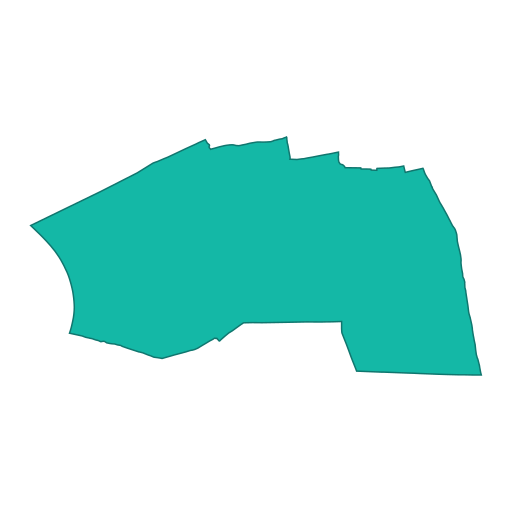 outline of Phra Khanong, Bangkok Metropolis, Thailand
{"feature_id": "78962969B55596072077458", "entity_name": "Phra Khanong", "entity_type": "district", "adm_level": 2, "iso_a3": "THA", "parent_name": "Thailand", "parent_adm1": "Bangkok Metropolis", "projection": "mercator", "projection_center": [100.617, 13.692], "detail": "fine", "context": "isolated", "style": "filled", "palette": "teal", "viewbox_px": 512, "rotation_deg": 0, "n_neighbors": 0, "source": "geoboundaries", "source_scale": "gbopen_adm2", "svg_char_len": 5478}
<svg xmlns="http://www.w3.org/2000/svg" viewBox="0 0 512 512"><path d="M481.3,375.0L480.7,372.7L479.7,367.4L479.5,365.8L477.8,359.1L477.2,357.8L476.8,356.2L476.4,354.9L476.2,353.7L475.7,350.2L475.1,344.5L474.2,340.4L473.7,337.5L473.3,335.5L473.2,335.0L473.1,334.2L473.0,333.7L472.7,331.8L472.7,331.6L472.4,330.0L472.3,328.2L472.1,327.0L471.9,325.5L471.7,324.5L470.4,318.7L470.2,317.9L470.2,317.6L470.1,317.4L469.1,314.1L468.7,312.2L468.6,311.8L468.6,311.5L468.5,310.8L467.9,305.7L467.2,301.2L466.7,297.8L466.3,295.3L466.1,293.9L465.9,292.7L465.8,291.7L465.7,290.6L465.1,288.3L464.9,287.7L464.8,285.5L464.8,285.1L464.7,283.3L464.7,282.9L464.8,282.6L464.7,282.0L464.6,281.4L464.4,280.8L464.2,280.0L464.1,279.6L463.8,278.8L463.1,277.5L462.9,277.0L462.8,276.5L462.7,275.5L462.6,273.6L462.3,272.1L461.7,269.0L461.3,266.0L461.0,263.2L461.0,262.1L461.1,260.4L461.0,258.6L460.7,256.5L460.6,255.7L460.5,255.1L460.5,254.9L459.7,251.4L458.6,247.0L458.3,245.7L457.8,243.5L457.3,241.1L457.3,240.9L456.8,234.8L456.4,233.2L456.3,232.9L455.4,230.1L454.5,228.3L453.5,227.1L453.2,226.5L452.6,225.9L452.1,224.9L450.9,222.6L449.8,220.3L449.5,219.9L448.3,217.5L447.8,216.5L447.2,215.3L444.8,211.0L443.7,209.0L443.6,208.8L443.5,208.5L442.8,207.4L442.2,206.4L441.9,205.8L439.8,202.4L438.5,199.6L436.4,195.0L432.9,189.2L432.5,188.4L432.2,187.6L432.3,187.2L431.9,186.8L431.5,186.1L431.3,185.5L429.8,181.6L429.6,181.0L429.3,180.6L429.2,180.5L428.9,180.0L427.9,178.7L427.5,178.1L425.4,174.5L424.5,172.5L424.5,172.3L424.4,172.1L423.3,169.0L422.9,168.3L422.2,168.5L417.3,169.6L412.7,170.6L408.4,171.6L405.3,172.4L405.2,172.2L403.7,166.0L399.2,166.9L394.6,167.3L390.0,167.9L389.1,168.0L384.5,168.1L377.0,168.4L376.9,168.5L376.8,170.3L371.2,170.1L371.0,169.4L370.9,169.2L369.6,169.1L365.4,169.0L361.2,169.0L361.0,168.9L360.9,168.8L360.9,168.6L360.9,168.1L360.8,167.9L360.6,167.9L345.1,167.7L344.8,167.0L344.6,166.6L344.3,166.2L343.8,165.7L342.9,164.9L342.3,164.6L341.7,164.5L340.7,164.2L340.1,163.9L339.5,163.0L339.4,162.8L339.3,162.7L339.1,162.4L338.9,162.1L338.7,161.2L338.5,160.1L338.4,158.1L338.3,156.4L338.4,156.2L338.6,154.9L338.5,153.0L338.5,152.1L337.9,152.2L336.8,152.4L332.1,153.4L328.5,154.1L327.0,154.3L322.2,155.2L317.5,156.1L312.5,157.1L309.6,157.6L306.8,158.1L304.9,158.5L303.9,158.7L301.5,158.9L297.0,159.5L289.9,159.2L290.1,158.4L290.0,156.8L289.9,156.3L289.3,153.3L288.3,147.5L288.3,147.2L287.8,144.7L287.2,142.6L287.1,141.2L286.9,139.8L286.8,139.2L286.8,137.7L286.7,137.5L286.5,137.0L286.3,137.1L285.9,137.3L284.4,137.8L283.4,138.2L282.6,138.6L281.4,138.9L280.4,139.0L279.3,139.2L278.1,139.5L275.8,140.1L274.2,140.4L273.2,140.9L272.9,141.0L272.1,141.3L271.4,141.5L270.9,141.7L269.7,141.8L266.4,142.0L263.0,142.1L259.5,142.0L257.5,142.0L255.3,142.3L250.0,143.2L248.0,143.7L246.9,144.0L246.2,144.2L244.7,144.5L242.1,145.0L240.5,145.4L238.7,145.7L237.4,145.6L236.0,145.5L234.5,145.1L232.9,144.8L231.5,144.8L229.7,144.9L227.3,145.2L226.5,145.3L224.7,145.6L219.2,146.9L215.3,148.0L210.8,149.2L210.7,149.3L209.4,147.9L209.3,147.7L209.2,147.4L209.1,147.1L209.1,146.8L209.1,146.6L209.1,146.4L209.4,146.0L209.4,145.9L209.5,145.7L209.4,145.2L209.3,144.8L209.1,144.6L208.6,144.2L208.1,143.8L207.5,143.3L207.2,142.9L207.0,142.7L206.8,142.3L206.4,141.5L205.3,139.7L204.9,139.9L203.8,140.4L200.9,141.7L198.8,142.6L195.8,144.1L185.9,148.6L174.5,154.0L172.6,154.9L167.7,157.2L164.2,158.6L157.2,161.6L155.6,162.1L153.0,163.1L137.2,172.9L100.7,191.5L30.7,225.5L37.0,231.6L39.4,233.9L41.8,236.3L42.3,236.8L46.4,241.1L50.8,246.0L52.9,248.6L55.0,251.2L56.9,253.9L58.9,256.8L60.7,259.7L62.4,262.8L64.0,265.8L65.5,269.0L67.0,272.1L68.3,275.3L69.4,278.5L70.4,281.8L71.3,285.1L72.1,288.4L72.8,291.7L73.3,295.1L73.7,298.1L74.0,301.2L74.2,304.3L74.3,307.3L74.2,310.4L73.9,314.0L73.4,317.6L72.7,321.2L72.0,324.4L71.2,327.7L70.3,330.8L69.5,333.2L82.3,336.0L83.8,336.6L84.9,337.0L85.4,337.2L87.1,337.6L88.7,337.9L89.0,338.0L90.2,338.3L91.4,338.5L91.6,338.6L91.9,338.6L93.4,339.1L94.1,339.4L94.8,339.6L95.6,339.9L97.7,340.4L98.4,340.6L98.7,340.7L98.9,340.8L100.3,341.5L100.5,341.6L101.0,341.7L101.8,341.5L103.2,341.3L103.8,341.3L104.2,341.4L104.7,341.5L105.2,341.8L106.6,342.8L107.0,342.9L109.0,343.3L109.8,343.5L112.0,343.8L114.7,344.0L117.5,344.9L120.5,345.4L121.2,345.7L122.1,346.3L127.5,348.2L139.1,352.0L139.7,352.0L143.0,352.9L147.4,354.7L148.5,355.1L150.9,355.9L153.4,357.0L154.0,357.2L154.7,357.3L157.8,357.7L160.9,358.2L161.4,358.3L161.7,358.4L162.0,358.5L166.5,357.2L171.1,355.9L174.1,355.0L178.3,353.9L182.9,352.7L183.1,352.6L183.5,352.5L184.3,352.3L186.2,351.8L186.4,351.7L188.0,351.2L190.2,350.5L191.8,350.2L192.0,350.2L193.0,350.0L193.2,349.9L193.9,349.7L194.7,349.5L197.9,348.1L199.8,346.9L202.6,345.2L206.0,343.2L209.8,340.9L212.9,339.3L214.5,338.2L215.1,338.2L215.5,338.4L216.4,338.5L216.8,338.3L217.5,339.1L218.4,340.1L219.1,340.9L219.3,341.0L219.7,340.9L220.9,339.7L225.1,336.0L227.5,334.0L228.7,333.0L232.3,330.8L236.7,327.6L241.7,324.0L242.0,323.9L243.4,322.9L243.6,322.8L243.9,322.8L252.4,322.6L262.0,322.7L274.1,322.5L285.8,322.3L296.2,322.1L306.9,321.9L319.6,322.0L321.2,322.0L324.4,321.9L332.0,321.8L341.6,321.5L341.6,327.1L341.6,328.7L341.7,330.3L341.8,331.9L341.9,332.6L342.0,333.1L343.8,337.7L346.5,344.5L349.0,351.2L351.1,357.0L352.7,361.1L352.9,361.6L355.8,368.9L356.6,371.1L368.7,371.6L381.3,372.1L383.4,372.1L406.7,373.0L413.3,373.2L419.5,373.5L437.7,374.2L447.4,374.5L459.5,374.8L460.6,374.8L464.6,374.8L473.8,375.0L481.3,375.0Z" fill="#14b8a6" stroke="#0f766e" stroke-width="1.5"/></svg>